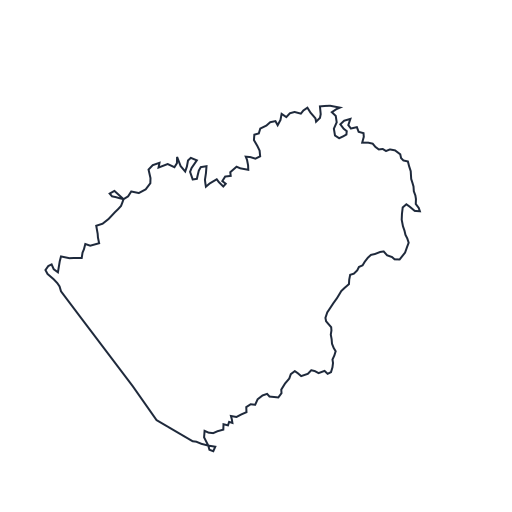 Congonhinhas, Paraná, Brazil (Mercator projection), rotated 233°
{"feature_id": "56859067B3858872318801", "entity_name": "Congonhinhas", "entity_type": "district", "adm_level": 2, "iso_a3": "BRA", "parent_name": "Brazil", "parent_adm1": "Paraná", "projection": "mercator", "projection_center": [-50.497, -23.623], "detail": "fine", "context": "isolated", "style": "outline", "palette": "slate", "viewbox_px": 512, "rotation_deg": 233, "n_neighbors": 0, "source": "geoboundaries", "source_scale": "gbopen_adm2", "svg_char_len": 3307}
<svg xmlns="http://www.w3.org/2000/svg" viewBox="0 0 512 512"><g transform="rotate(233 256 256)"><path d="M381.1,184.4L379.1,181.4L377.2,178.3L376.4,174.0L375.9,169.8L374.3,160.6L374.1,152.9L376.3,146.6L369.0,142.9L365.9,140.9L360.6,138.4L364.0,129.8L368.3,126.9L364.9,122.6L363.1,119.5L359.3,115.6L364.4,108.8L366.5,105.7L373.0,100.0L369.9,96.1L362.2,88.0L367.2,86.5L372.3,87.7L373.0,84.1L371.5,79.4L367.1,78.7L359.3,80.4L353.9,81.0L349.9,80.8L345.1,79.0L314.2,79.0L226.3,79.2L184.8,77.8L146.2,93.9L143.7,96.5L138.8,99.4L133.3,103.8L142.4,105.4L147.3,109.7L143.5,111.8L140.3,115.2L139.2,119.9L137.0,125.4L141.2,128.8L137.6,131.7L139.7,134.7L136.9,136.7L140.1,138.4L143.3,139.7L139.2,143.5L138.3,149.0L137.0,154.4L141.2,157.3L140.8,162.5L137.7,165.8L140.6,171.1L140.7,177.3L139.2,181.9L135.6,182.2L132.5,185.6L129.6,188.7L131.1,193.8L134.1,195.8L136.7,202.5L138.1,208.8L140.7,212.7L140.7,217.7L137.4,218.8L132.9,219.8L130.7,226.5L131.5,231.4L128.7,233.7L124.8,235.5L123.0,241.6L118.8,242.3L118.1,246.0L121.1,250.1L124.2,253.1L127.3,254.8L129.4,258.7L132.0,262.3L135.8,262.7L140.2,263.9L144.0,266.3L148.2,268.4L151.1,271.4L153.9,273.2L158.2,272.9L161.7,272.7L164.8,274.2L168.1,279.0L169.8,283.9L171.8,289.5L173.6,295.3L175.1,299.1L176.7,303.0L177.2,307.2L177.6,313.3L181.1,316.3L184.3,319.9L183.0,323.5L183.6,328.2L185.3,331.6L184.4,335.5L186.0,339.5L187.3,344.3L187.7,348.5L186.0,352.2L184.5,357.6L182.8,360.7L177.7,361.1L173.3,364.0L169.9,364.7L166.8,368.6L169.0,377.1L172.3,382.1L174.7,385.9L179.0,387.4L183.0,388.1L186.8,389.8L191.4,391.3L197.3,394.2L201.9,398.0L206.5,402.4L206.8,407.2L203.0,408.4L196.5,409.9L193.1,413.8L196.5,414.9L201.4,414.9L205.2,418.0L208.4,419.7L212.7,421.0L216.7,423.6L220.1,424.9L224.1,426.3L227.6,428.6L230.6,430.6L235.8,432.4L240.1,434.2L243.6,431.2L246.9,430.8L250.4,432.4L256.7,430.6L260.5,427.1L261.6,423.0L265.2,421.6L267.2,418.2L271.3,417.0L275.5,416.8L279.0,413.8L282.6,409.0L286.3,413.8L289.4,415.8L293.4,412.7L298.2,414.1L300.7,408.5L305.0,408.5L308.7,413.9L311.0,407.8L310.4,402.6L304.9,402.6L301.1,403.6L298.6,401.3L299.1,397.6L300.0,393.3L304.7,391.6L310.8,394.8L314.2,400.9L319.9,404.0L325.2,403.1L324.9,408.5L324.0,412.3L331.4,405.6L334.1,401.7L337.0,397.1L330.3,393.0L327.8,390.2L327.1,384.8L330.1,386.3L333.5,386.1L337.7,385.8L343.5,386.3L343.7,381.4L342.7,377.5L347.8,373.5L349.6,369.0L348.7,363.8L354.1,362.0L349.9,357.4L347.4,352.0L352.0,352.7L354.3,347.9L353.9,342.8L355.2,336.1L352.2,332.0L353.9,327.7L349.8,324.1L343.1,323.3L338.0,322.3L333.1,319.3L334.1,314.1L338.4,311.0L341.5,307.6L338.2,306.7L333.1,304.2L329.5,301.7L335.5,296.2L339.0,294.2L338.4,285.9L335.2,284.0L338.0,279.2L336.1,274.2L331.9,275.3L331.2,271.7L337.3,270.8L340.9,270.8L341.8,262.7L341.5,257.7L344.7,259.4L347.6,261.1L352.2,265.8L357.5,270.5L360.2,265.4L358.6,261.7L355.4,257.8L353.2,255.2L355.2,251.5L362.9,254.0L365.1,257.6L368.0,266.3L373.6,263.0L373.2,259.2L369.0,254.6L366.1,250.3L373.2,249.9L382.6,252.6L377.7,248.7L376.0,244.3L382.6,240.8L385.3,231.4L388.5,235.0L390.7,228.2L389.7,222.2L381.7,218.6L377.7,215.4L375.6,208.0L376.8,200.3L382.6,195.2L380.6,189.7L381.1,184.4ZM381.1,184.4L393.2,182.1L393.9,176.7L390.3,176.9L387.6,179.3L384.7,181.5L381.1,184.4ZM133.3,103.8L129.3,102.2L125.8,104.4L128.2,108.7L133.3,103.8Z" fill="none" stroke="#1e293b" stroke-width="2"/></g></svg>